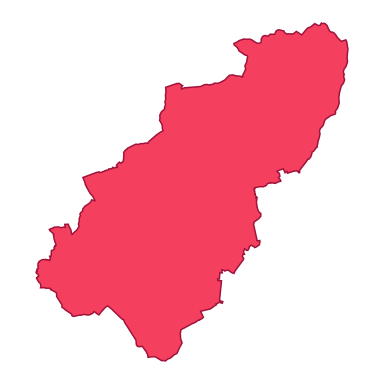 Ceica, Bihor, Romania
{"feature_id": "2599482B26005184493765", "entity_name": "Ceica", "entity_type": "district", "adm_level": 2, "iso_a3": "ROU", "parent_name": "Romania", "parent_adm1": "Bihor", "projection": "orthographic", "projection_center": [22.182, 46.874], "detail": "fine", "context": "isolated", "style": "filled", "palette": "rose", "viewbox_px": 384, "rotation_deg": 0, "n_neighbors": 0, "source": "geoboundaries", "source_scale": "gbopen_adm2", "svg_char_len": 5860}
<svg xmlns="http://www.w3.org/2000/svg" viewBox="0 0 384 384"><path d="M222.8,301.6L219.5,300.6L221.5,280.8L217.8,280.5L217.7,279.0L219.4,278.9L219.9,272.7L222.2,272.9L221.8,269.8L224.1,270.3L224.6,271.0L228.0,270.0L231.5,272.5L233.9,273.5L235.3,270.6L243.4,259.6L243.7,258.2L242.6,257.2L242.6,256.7L242.8,254.7L243.1,254.3L244.5,254.2L243.4,251.9L244.6,248.8L246.5,250.3L247.8,250.3L248.7,249.1L249.2,247.6L249.2,246.8L250.7,245.5L251.7,245.3L253.2,246.4L253.9,246.6L254.5,247.5L255.7,247.3L259.3,244.9L260.0,241.6L259.8,240.5L257.2,240.9L253.5,224.0L254.5,221.7L258.9,218.6L260.8,216.2L260.8,213.4L259.3,212.4L257.8,209.8L257.4,207.9L257.0,207.6L257.0,205.4L256.5,203.6L256.5,201.6L256.9,198.7L256.0,198.3L256.3,197.7L256.2,197.3L256.9,197.2L255.4,195.7L255.3,193.8L254.9,193.8L254.7,192.0L254.5,191.6L254.8,191.1L254.6,190.7L254.3,190.7L254.4,189.8L254.0,189.1L254.8,188.9L255.2,188.0L254.9,187.8L255.1,187.6L260.2,186.6L263.0,186.8L265.3,186.0L266.4,185.2L267.4,183.8L269.1,182.9L270.7,183.3L270.9,182.6L275.1,183.4L278.5,181.8L280.8,181.2L280.7,180.6L279.8,178.9L278.6,177.8L278.9,177.0L279.9,176.3L279.4,173.4L276.9,171.3L278.1,170.6L283.3,168.9L285.1,172.7L286.0,171.7L286.8,171.4L287.5,173.2L293.3,171.3L296.5,170.8L297.5,171.3L298.9,172.8L299.3,172.8L299.8,172.0L299.3,171.5L299.2,171.0L299.5,170.9L299.6,170.2L300.2,169.8L300.9,168.6L305.9,162.2L307.6,159.7L307.6,159.2L308.8,159.2L310.4,157.5L311.0,156.3L311.9,153.4L312.0,152.1L312.8,151.8L314.3,150.5L315.7,148.2L317.2,147.1L317.2,145.5L317.7,143.9L318.0,141.6L319.3,137.5L319.9,134.4L320.0,133.5L319.5,131.6L319.9,129.4L320.6,128.3L322.9,125.8L323.9,123.3L324.3,121.6L324.9,120.2L325.9,119.0L331.1,115.4L335.0,114.2L335.5,113.4L335.5,111.3L335.7,110.5L337.4,108.5L339.2,103.2L338.8,97.9L339.5,92.7L341.2,86.2L343.5,83.0L344.6,79.8L343.7,77.0L343.8,75.0L344.3,74.6L343.4,72.4L343.5,71.0L344.1,69.2L346.1,66.3L347.5,61.8L347.1,57.2L347.9,49.0L346.7,41.7L345.9,39.9L341.2,41.3L337.4,37.5L335.9,35.1L334.3,33.2L332.6,32.2L330.9,32.0L329.8,31.3L328.2,28.3L327.2,25.6L325.4,23.9L324.2,23.3L322.4,23.6L321.4,23.0L320.0,25.4L318.0,25.4L314.7,23.6L310.6,27.0L308.1,27.8L307.1,28.5L301.7,34.9L296.4,31.4L293.2,33.9L287.9,33.9L286.9,34.1L284.6,32.6L283.9,31.0L279.4,29.9L277.9,29.9L276.7,30.6L275.7,31.7L275.0,33.6L274.5,34.3L270.2,34.2L268.7,35.7L267.6,36.1L265.4,35.5L263.9,35.8L262.4,36.6L262.0,37.9L261.2,39.1L261.2,41.6L260.9,42.4L259.5,43.2L257.5,43.3L255.5,42.3L251.5,39.7L249.5,39.1L247.2,39.3L243.8,39.0L238.6,40.8L237.9,41.6L234.0,43.4L233.9,44.0L234.1,44.7L237.0,47.3L238.1,48.8L239.0,50.9L244.8,54.9L247.2,55.6L247.6,56.4L246.6,62.2L244.9,65.9L245.4,67.8L245.6,69.4L242.6,75.5L242.8,76.6L242.0,77.0L240.7,76.3L235.3,75.7L233.1,74.9L229.3,75.3L224.7,80.1L218.5,83.2L214.3,83.2L213.0,84.2L208.7,85.0L207.3,84.5L204.6,84.6L200.7,86.5L184.5,87.8L181.6,88.9L181.5,87.1L181.9,86.8L182.0,85.8L182.4,85.6L179.2,83.4L176.8,83.5L165.7,87.3L166.0,92.1L165.4,95.0L165.7,98.8L165.5,100.3L164.9,101.9L165.5,104.4L165.3,105.4L164.5,107.3L164.7,108.5L163.9,109.7L161.6,111.6L160.4,113.7L159.8,115.4L160.0,118.3L159.6,120.5L161.1,122.8L162.4,125.9L162.2,128.0L163.1,130.7L159.7,132.6L156.0,135.3L149.2,141.2L148.2,142.3L148.0,143.1L147.6,143.4L146.0,143.0L142.4,143.7L140.7,143.6L138.7,144.4L135.7,144.2L127.7,148.1L127.3,148.5L127.2,149.0L125.6,149.9L123.7,152.3L123.9,155.4L123.6,156.9L123.8,157.6L123.7,158.2L123.4,159.5L123.3,161.2L120.9,163.3L119.3,162.1L116.4,165.2L117.4,166.9L117.4,167.4L115.5,167.4L113.8,168.2L112.9,167.3L111.7,168.7L110.7,168.7L110.4,169.0L108.8,168.9L108.2,169.8L104.9,170.7L104.9,171.1L103.2,171.5L101.8,172.2L100.1,172.6L99.3,171.9L96.6,172.4L82.9,177.5L84.9,182.3L85.3,184.3L86.6,187.1L90.0,193.2L92.8,196.4L94.3,199.2L94.8,200.7L91.6,199.9L91.3,200.9L90.2,202.5L88.9,203.6L84.9,206.2L83.0,208.7L82.7,209.2L82.6,211.0L81.0,212.3L79.9,214.0L80.4,215.7L79.6,217.4L79.2,219.2L79.3,221.3L78.5,223.7L78.5,224.8L79.1,225.9L78.9,226.6L76.7,230.3L74.8,231.7L72.1,234.4L71.3,232.6L71.1,230.8L70.8,229.7L68.7,225.7L68.2,224.2L64.8,224.4L65.2,227.2L64.0,227.0L61.3,227.7L58.4,226.9L55.0,227.1L53.3,227.6L53.1,228.0L52.1,228.2L51.6,228.7L50.9,228.7L49.3,229.5L50.1,230.9L53.1,233.3L53.7,234.4L53.3,234.6L53.4,235.1L53.7,236.2L54.1,239.0L56.1,245.2L55.7,245.6L55.3,245.6L55.2,246.1L54.7,246.0L54.1,247.7L54.4,247.8L54.5,248.4L53.7,249.7L53.1,250.2L51.4,250.5L51.2,254.4L51.2,255.8L50.8,256.6L50.4,256.6L50.1,256.2L49.6,256.3L50.3,257.9L50.2,258.9L49.8,259.5L49.9,260.3L47.4,259.7L47.2,260.0L45.9,259.8L45.6,259.3L44.8,259.7L43.3,259.5L41.2,260.1L40.9,260.5L39.0,261.5L38.9,262.2L38.1,263.1L37.9,266.3L38.2,267.1L38.3,268.1L38.0,268.2L37.6,269.0L37.1,269.0L37.1,270.2L36.9,270.0L36.5,270.9L36.8,271.9L36.2,272.0L36.1,272.4L36.3,273.1L38.1,274.5L38.7,276.1L36.6,277.6L36.5,278.2L38.8,282.2L39.7,282.8L40.2,283.5L40.8,285.1L40.9,285.8L40.5,287.8L44.3,287.7L45.8,288.2L49.5,288.2L51.1,289.3L50.8,289.7L53.7,291.1L56.6,292.9L56.4,293.3L56.7,295.5L56.6,296.5L61.6,304.3L62.0,305.4L62.0,307.3L64.0,308.6L65.6,310.1L71.4,313.9L71.8,314.7L71.8,315.4L72.8,316.2L73.6,316.4L79.2,315.2L81.4,315.2L81.9,314.8L84.3,314.4L87.1,315.0L89.0,315.0L92.7,313.4L94.1,311.5L97.7,314.2L99.0,314.9L101.1,312.0L105.2,307.6L107.5,305.9L107.9,306.1L110.9,308.4L121.3,318.4L122.6,319.5L123.6,319.7L124.7,322.5L136.0,340.2L136.3,344.3L136.6,345.2L137.5,346.3L138.7,346.7L141.0,346.6L142.0,346.2L143.3,347.6L144.8,350.0L145.3,350.2L146.3,352.0L147.7,354.8L148.1,357.4L151.5,356.8L155.3,356.8L161.9,360.8L162.3,360.5L163.6,360.5L165.4,361.0L167.5,359.2L170.6,358.0L174.4,354.6L176.2,353.9L177.1,353.1L179.4,348.0L182.1,342.9L180.8,339.3L180.6,338.1L180.3,333.5L181.0,329.7L191.8,323.9L195.4,322.3L198.4,320.2L198.9,319.9L199.2,320.2L202.4,318.3L203.4,317.2L200.6,311.3L210.4,308.9L215.5,305.2L216.4,304.8L216.0,304.0L219.9,302.2L221.3,303.1L222.4,303.1L222.8,301.6Z" fill="#f43f5e" stroke="#9f1239" stroke-width="1.5"/></svg>